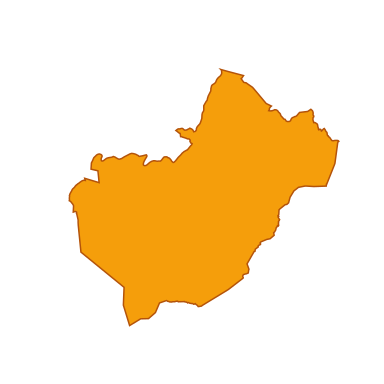 Santa Cruz Zenzontepec, Oaxaca, Mexico, rotated 42°
{"feature_id": "50627088B62885072459196", "entity_name": "Santa Cruz Zenzontepec", "entity_type": "district", "adm_level": 2, "iso_a3": "MEX", "parent_name": "Mexico", "parent_adm1": "Oaxaca", "projection": "equal_earth", "projection_center": [-97.511, 16.47], "detail": "fine", "context": "isolated", "style": "filled", "palette": "amber", "viewbox_px": 384, "rotation_deg": 42, "n_neighbors": 0, "source": "geoboundaries", "source_scale": "gbopen_adm2", "svg_char_len": 6019}
<svg xmlns="http://www.w3.org/2000/svg" viewBox="0 0 384 384"><g transform="rotate(42 192 192)"><path d="M286.9,96.1L279.6,76.4L279.0,75.0L267.6,58.3L267.0,57.3L267.2,56.1L266.3,56.0L265.7,56.3L264.8,57.0L263.4,58.4L262.8,59.3L262.0,59.9L261.4,60.2L259.7,59.8L257.8,59.3L256.9,59.5L255.7,59.1L255.1,59.4L253.9,58.7L253.3,58.1L252.3,57.4L251.1,57.4L250.5,57.2L249.8,56.8L247.8,56.3L247.5,57.1L247.5,60.0L247.1,60.1L246.7,59.7L245.9,59.4L245.2,59.6L244.7,60.2L244.7,60.9L244.0,60.8L243.6,60.3L241.9,59.3L241.3,58.8L240.8,58.4L240.3,58.0L239.6,57.7L238.6,57.8L237.4,58.0L236.7,58.3L236.0,59.0L235.1,58.3L234.3,58.0L233.8,57.5L233.2,57.1L232.6,56.2L232.1,55.5L232.2,54.7L231.6,54.0L230.6,53.8L230.1,53.4L229.2,52.2L227.7,51.2L227.0,51.0L225.0,51.0L224.1,54.7L218.7,60.9L218.7,62.5L218.8,65.1L218.6,66.1L218.2,66.9L217.8,67.3L217.5,68.3L216.8,69.7L216.8,70.7L216.9,71.5L217.5,73.0L217.3,74.2L216.7,74.9L216.0,75.6L215.1,76.1L214.3,76.2L212.6,75.7L211.5,76.3L210.9,76.2L208.1,75.9L206.9,75.8L205.5,74.9L204.2,74.7L202.8,74.7L201.8,74.4L201.2,74.3L199.9,74.5L199.2,74.9L198.4,75.5L197.9,76.7L197.4,77.6L196.6,78.7L195.7,79.5L194.6,80.2L194.4,79.1L193.7,78.2L193.4,77.2L193.4,76.1L193.5,75.0L187.9,76.6L168.7,73.9L166.9,73.7L160.7,74.5L159.3,74.6L157.1,75.9L152.7,74.9L152.8,73.8L152.6,72.5L152.4,71.0L138.4,78.2L131.4,81.7L132.5,81.8L132.4,81.8L133.7,82.9L134.6,83.9L135.0,84.6L135.4,86.6L135.1,88.6L135.0,89.9L135.1,91.3L135.4,92.7L135.9,93.8L136.2,95.2L136.0,96.7L135.4,98.8L135.5,100.0L136.9,102.6L137.7,103.5L138.4,104.5L138.8,106.0L139.8,109.7L140.6,111.5L141.3,112.8L141.9,113.7L141.9,115.1L142.3,116.9L142.6,118.3L143.0,120.0L144.9,122.1L145.7,122.9L146.5,124.3L146.7,126.0L147.6,127.7L148.8,129.2L150.1,130.8L151.7,134.5L152.2,136.0L152.2,137.9L152.2,139.8L152.6,141.3L153.0,142.2L153.8,143.1L153.9,144.7L153.0,146.1L152.1,145.7L150.9,145.3L149.6,145.4L148.7,145.7L147.7,146.0L147.4,147.2L147.0,148.0L146.7,149.0L146.3,149.7L145.4,150.8L144.4,151.1L143.4,151.0L142.1,151.3L141.3,152.2L140.8,153.2L139.5,154.3L139.1,155.7L138.9,157.1L140.4,156.9L141.3,156.9L143.0,156.8L144.0,156.4L146.5,158.5L147.6,157.7L148.4,157.5L149.4,157.0L151.6,156.0L152.6,155.7L153.5,155.3L154.0,154.7L154.8,154.5L156.0,154.7L156.3,155.4L156.8,155.9L157.4,155.9L158.1,156.4L158.8,156.2L159.7,156.0L160.2,157.2L160.1,158.6L160.2,160.3L160.4,163.7L159.9,164.7L159.8,165.2L159.5,166.1L159.1,167.1L159.0,167.8L158.9,168.6L158.7,169.6L158.8,171.3L158.8,172.0L158.8,172.8L158.7,173.7L158.6,175.6L158.7,176.8L158.8,178.7L158.9,179.6L158.8,181.4L158.7,181.9L158.5,182.4L158.2,182.7L157.5,182.7L156.7,182.7L155.9,182.6L155.3,182.3L154.5,182.2L153.7,182.1L153.2,182.0L152.5,182.0L152.1,182.2L151.5,182.3L150.9,182.7L150.2,182.6L149.6,182.8L149.3,183.2L148.4,183.9L147.8,184.8L147.8,185.5L147.8,186.5L147.9,187.5L148.0,188.1L148.0,188.5L147.9,190.1L147.1,190.8L146.2,191.6L145.6,192.4L143.6,193.6L142.6,194.4L141.5,196.2L140.8,198.3L140.6,200.0L140.4,201.8L140.1,203.0L139.2,204.1L138.5,204.4L137.9,204.4L137.3,204.0L136.8,203.3L136.3,202.4L135.9,201.3L135.7,200.5L135.4,199.4L135.1,198.0L134.9,196.7L134.5,195.5L134.0,195.1L133.3,194.9L132.7,195.6L131.6,197.3L130.8,198.5L130.0,199.5L129.1,200.7L128.5,201.0L127.7,200.9L126.6,201.2L124.9,201.6L123.7,202.2L122.9,202.6L121.4,203.6L121.1,204.0L120.4,205.2L118.1,211.3L117.3,214.2L116.1,216.2L115.4,216.7L113.1,217.3L111.6,217.5L109.7,218.3L109.4,219.3L108.8,220.2L107.3,222.0L106.3,223.5L105.9,224.4L105.7,225.4L105.3,227.6L105.0,228.5L104.7,228.9L103.9,229.4L103.0,228.9L102.5,228.4L102.0,227.6L101.7,226.6L101.2,225.5L100.4,225.0L99.3,225.0L98.2,225.5L97.6,225.8L96.8,227.0L96.6,227.5L96.3,228.5L96.3,229.6L96.2,230.7L96.1,232.1L96.3,232.9L97.1,235.1L97.8,237.7L101.7,242.6L107.9,239.2L116.7,247.2L103.1,253.6L104.9,254.8L104.5,255.0L104.1,255.4L103.6,255.8L103.4,256.2L103.2,256.6L102.8,257.4L102.6,258.0L102.5,258.6L102.2,259.8L102.0,261.2L101.6,262.6L101.6,263.5L101.3,264.1L101.4,264.3L101.4,264.6L101.4,265.0L101.3,265.3L101.3,265.8L101.4,266.1L101.4,266.4L101.5,267.0L101.5,267.6L101.4,268.0L101.4,268.4L101.3,269.6L101.3,269.9L101.5,270.7L101.5,270.9L101.8,271.6L101.9,272.2L102.0,272.4L102.1,273.3L102.2,273.7L102.4,274.3L102.6,275.2L102.8,275.5L102.9,275.8L103.1,276.1L103.2,276.5L103.3,276.7L103.9,277.1L104.2,277.6L104.8,278.4L105.4,279.1L105.7,279.3L105.9,279.5L106.5,280.4L106.6,280.6L107.9,280.3L108.3,280.3L111.9,280.9L113.2,281.5L117.2,286.4L117.6,285.8L117.9,284.9L118.4,284.5L119.2,284.2L119.8,284.2L120.3,285.1L120.6,285.1L122.0,286.1L126.1,289.0L127.7,290.8L129.7,292.8L149.7,311.0L205.3,308.3L216.7,322.0L235.0,333.0L238.7,320.6L244.4,315.2L245.5,306.1L242.1,296.2L245.7,289.7L247.1,289.5L247.7,289.1L249.2,288.5L249.9,287.8L250.6,287.3L251.1,286.4L251.6,286.0L252.1,285.5L252.6,285.1L253.0,284.4L253.3,283.9L253.5,283.6L253.8,283.4L254.1,283.0L254.4,282.8L255.2,282.8L259.2,279.0L259.6,278.5L260.0,278.5L260.4,278.4L261.0,277.8L261.4,277.7L261.9,277.4L262.6,277.3L262.9,277.4L263.4,276.5L264.6,276.2L265.2,275.9L265.7,275.5L266.3,275.2L266.7,274.8L267.1,274.5L268.3,274.3L268.8,273.7L269.1,272.8L270.1,272.9L271.6,272.7L272.3,272.8L273.3,273.0L274.1,272.1L275.4,270.4L275.5,269.9L275.5,269.5L284.3,240.0L287.6,221.8L287.3,221.3L286.4,221.0L285.7,220.1L285.5,218.9L286.1,218.0L286.3,217.5L287.2,216.3L287.7,215.2L287.9,215.0L287.9,214.4L286.3,212.0L286.1,211.4L285.9,211.2L281.0,208.6L278.0,194.7L278.5,194.0L277.3,192.1L278.0,188.6L277.3,188.0L277.4,186.5L277.9,185.7L277.8,184.7L276.7,184.4L276.6,182.9L279.3,177.2L281.3,174.5L282.0,169.2L280.2,167.8L280.0,167.7L279.9,167.5L280.1,166.4L280.0,166.1L279.7,164.4L278.5,162.2L278.5,161.2L278.4,160.5L278.1,159.9L278.9,159.6L278.7,158.7L278.2,158.3L277.8,158.2L277.1,157.4L277.1,157.0L276.2,156.4L275.6,153.9L274.3,153.6L272.7,153.0L272.7,152.0L271.8,152.1L271.5,150.6L269.3,147.9L268.6,147.0L268.7,146.7L268.6,146.0L269.7,139.2L270.8,137.7L271.0,135.4L268.4,130.3L267.0,122.9L267.4,120.9L268.0,117.3L271.9,112.1L273.1,111.0L278.9,106.4L287.8,97.8L286.7,96.2L286.9,96.1Z" fill="#f59e0b" stroke="#b45309" stroke-width="1.5"/></g></svg>